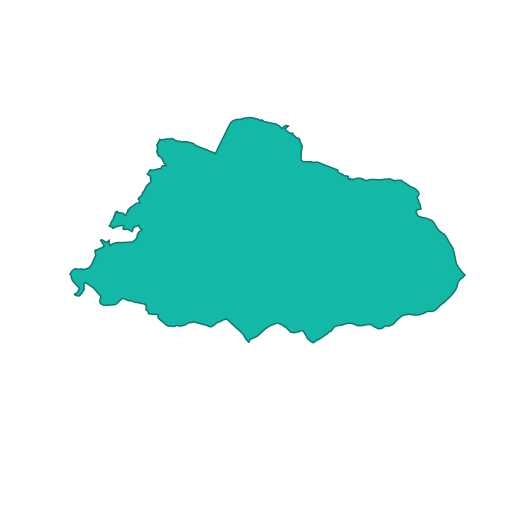 Magura Ilvei, Bistrita-Nasaud, Romania, rotated 323°
{"feature_id": "2599482B90695953081528", "entity_name": "Magura Ilvei", "entity_type": "district", "adm_level": 2, "iso_a3": "ROU", "parent_name": "Romania", "parent_adm1": "Bistrita-Nasaud", "projection": "mercator", "projection_center": [24.803, 47.362], "detail": "fine", "context": "isolated", "style": "filled", "palette": "teal", "viewbox_px": 512, "rotation_deg": 323, "n_neighbors": 0, "source": "geoboundaries", "source_scale": "gbopen_adm2", "svg_char_len": 6154}
<svg xmlns="http://www.w3.org/2000/svg" viewBox="0 0 512 512"><g transform="rotate(323 256 256)"><path d="M411.6,396.9L411.1,395.0L410.9,393.0L410.9,390.0L410.7,387.4L411.1,386.1L411.2,383.9L411.8,381.9L416.1,372.8L418.0,368.0L418.3,362.9L418.9,359.4L419.6,352.3L419.0,351.2L418.2,348.6L417.8,347.1L417.5,345.1L417.4,342.7L417.6,340.3L418.1,337.0L418.0,334.3L417.8,333.4L414.5,327.9L413.5,327.2L412.0,325.4L409.7,321.7L409.5,320.6L410.2,318.3L409.8,317.9L410.2,317.0L411.0,316.8L411.8,316.3L414.3,316.7L415.9,317.8L418.2,313.1L418.7,310.3L419.4,309.3L419.8,306.3L420.2,306.0L423.3,304.9L424.2,303.1L424.0,300.3L423.6,298.0L420.9,293.0L419.4,288.3L418.0,284.7L417.7,283.0L414.2,280.4L412.0,279.3L409.3,274.9L403.2,271.1L401.2,270.1L397.5,266.9L394.5,264.5L392.6,263.3L390.5,262.7L388.7,261.4L387.9,259.3L386.0,256.6L384.1,255.1L381.4,253.8L379.2,253.3L379.0,252.7L378.3,252.5L377.9,250.6L376.3,250.8L376.2,248.9L377.7,248.1L376.6,246.6L375.1,245.4L374.5,244.5L374.1,242.3L372.4,240.2L372.1,238.9L373.0,236.4L370.7,232.9L363.7,221.5L363.2,220.5L361.4,217.9L357.1,215.2L357.4,214.3L350.6,209.3L349.7,206.5L351.4,204.2L352.6,202.9L354.2,200.7L359.2,195.9L360.1,191.1L361.0,189.2L361.0,188.1L359.8,186.2L359.2,185.6L359.1,183.7L358.3,181.4L359.4,180.3L356.8,178.1L355.7,173.6L355.6,171.9L358.4,171.9L360.1,171.8L359.4,170.7L358.4,169.7L356.8,169.5L355.1,169.6L353.5,169.9L352.9,166.4L351.5,162.8L343.3,153.5L342.7,150.8L341.5,151.0L340.2,148.4L336.3,143.4L333.3,140.9L331.9,140.3L329.6,138.9L325.5,137.4L323.1,135.5L321.8,135.0L319.3,134.2L317.2,134.2L315.5,134.4L285.3,149.7L284.1,147.4L282.2,144.6L280.9,142.1L277.7,137.0L274.2,131.2L273.7,128.5L269.9,123.5L266.9,121.0L265.4,120.3L264.4,119.3L264.3,118.5L262.0,116.9L261.7,116.0L260.8,114.5L260.4,112.6L259.1,111.1L257.8,111.2L257.0,110.2L255.6,109.1L249.3,105.8L249.6,105.2L249.4,104.9L249.0,105.3L248.5,105.4L248.3,105.7L247.4,105.8L247.0,106.1L246.0,107.0L245.6,106.7L245.3,107.2L243.9,107.6L243.3,108.0L242.5,110.2L242.2,110.5L242.0,111.2L239.9,112.5L239.4,113.3L239.6,114.3L239.1,114.6L238.9,115.2L238.9,115.7L238.6,116.2L238.5,116.9L238.9,117.3L238.7,118.0L239.0,119.2L239.6,120.2L239.3,122.8L238.8,124.4L239.1,124.9L238.4,126.6L239.1,128.1L239.1,128.6L238.4,129.0L238.4,129.7L237.5,129.1L237.3,128.5L235.7,127.8L234.5,127.9L233.6,128.4L232.8,129.1L231.5,128.1L229.2,127.2L228.5,126.7L227.0,126.4L226.1,125.8L224.7,125.1L223.9,124.6L224.0,124.1L223.5,123.5L222.1,123.9L220.8,124.5L218.4,125.2L219.6,128.6L219.5,129.2L219.2,129.9L218.6,131.0L218.3,130.6L216.8,133.5L215.3,133.8L214.7,133.6L213.2,133.9L210.6,134.2L205.7,136.6L204.4,137.4L203.8,136.9L202.0,138.5L199.5,139.0L198.5,138.9L196.2,139.5L196.5,140.2L195.4,143.5L192.7,142.2L191.6,141.9L188.6,142.0L186.0,141.8L183.7,141.8L183.1,141.9L182.3,143.0L181.9,142.9L181.2,142.3L180.6,143.3L178.1,144.1L177.1,144.7L176.4,145.3L175.8,144.4L175.8,143.3L175.7,142.3L175.1,141.4L174.1,140.3L172.5,139.0L171.4,137.7L172.2,137.2L171.8,136.7L171.3,136.5L170.0,136.6L168.9,137.4L168.2,138.0L167.6,138.2L167.2,138.9L166.4,138.8L166.0,139.5L165.4,139.6L164.7,140.0L163.7,141.0L161.3,141.5L158.4,143.4L157.0,143.7L157.0,144.5L158.4,145.7L158.1,147.6L163.6,149.1L166.3,150.4L167.7,151.3L168.7,152.5L166.1,154.2L166.5,155.4L169.8,157.5L170.8,159.8L171.3,160.7L171.7,161.9L172.9,161.4L174.4,159.9L176.3,159.7L180.6,160.9L180.3,162.5L179.9,163.5L180.8,166.4L178.6,166.3L176.8,166.4L175.4,166.9L174.0,167.7L171.9,169.7L170.3,170.3L166.8,170.5L165.5,170.2L158.2,165.4L155.9,163.8L154.6,162.6L152.3,161.3L149.5,160.2L147.8,159.9L145.6,159.9L145.9,159.2L146.1,158.5L146.8,156.9L148.1,155.1L145.5,155.1L144.4,154.5L143.2,151.5L142.3,149.9L141.4,149.9L141.1,152.1L141.1,155.9L140.1,156.8L137.5,156.5L135.3,155.8L132.3,155.4L132.2,154.9L130.6,154.7L130.5,155.5L129.4,156.6L128.9,158.7L119.6,163.9L117.9,164.5L115.9,164.8L114.2,164.7L112.9,164.1L109.3,162.8L109.3,161.8L108.3,160.8L107.2,160.6L105.6,159.1L104.1,157.3L100.2,157.1L97.9,158.1L96.6,158.3L96.4,160.9L95.2,162.6L95.0,164.6L94.5,165.2L95.6,175.5L95.5,175.8L91.0,177.7L89.3,177.5L88.2,177.2L87.8,177.7L89.5,180.6L91.1,181.6L95.2,180.7L99.0,179.0L99.4,177.8L100.4,176.9L100.9,175.8L101.6,175.0L103.3,174.2L104.4,176.1L107.1,184.1L107.7,194.6L106.3,196.2L104.4,197.6L103.3,199.4L103.3,200.5L103.6,201.6L104.6,203.4L106.8,205.4L114.8,210.3L123.4,209.4L124.5,210.2L125.2,211.1L126.7,213.9L127.9,215.7L128.9,216.1L130.1,217.7L130.6,218.7L131.8,220.6L133.6,222.1L136.6,225.8L138.3,227.4L138.0,227.9L138.8,229.2L136.4,232.1L135.8,232.4L136.0,233.7L136.5,234.9L135.5,237.5L135.9,238.1L137.2,239.2L137.8,240.0L142.4,243.5L142.5,244.0L140.8,246.0L140.6,246.9L140.9,248.6L141.8,252.4L142.7,256.7L143.1,257.9L144.5,260.0L145.2,260.4L147.4,262.4L148.3,263.0L148.8,263.2L150.3,263.5L151.0,263.8L152.2,264.9L152.6,265.8L153.4,266.5L156.3,267.8L158.8,268.6L161.8,268.6L163.5,269.8L166.5,271.1L167.3,271.9L171.7,277.7L174.5,281.1L176.0,283.9L176.7,284.9L177.5,285.5L178.9,285.8L181.0,286.0L184.9,285.7L187.8,286.8L191.9,287.4L194.7,288.8L195.5,292.7L196.7,300.2L198.1,306.7L198.6,311.1L198.3,313.7L197.9,315.8L198.3,320.2L198.5,320.6L199.8,319.6L201.2,319.3L203.0,319.6L206.0,320.3L209.0,320.8L220.0,319.8L225.1,320.2L231.3,321.8L233.1,322.7L234.0,324.5L235.6,326.9L235.7,328.1L237.0,331.5L237.8,337.6L240.3,340.3L243.4,341.6L245.1,342.5L246.0,342.2L248.6,343.8L248.2,348.5L247.8,351.1L247.6,351.8L247.4,353.3L248.4,357.5L249.6,359.8L255.2,360.1L256.5,360.6L266.3,360.9L269.1,360.7L271.0,361.2L275.5,359.7L278.4,360.3L281.0,361.8L283.3,363.0L285.9,363.7L288.7,365.1L290.2,366.0L292.7,368.3L295.0,372.4L297.1,374.3L299.0,375.5L303.5,377.7L305.2,378.8L306.2,379.7L306.9,380.8L308.1,384.3L308.9,385.7L309.9,387.7L310.6,388.3L313.1,389.6L316.9,389.6L318.2,390.4L320.4,392.3L322.1,392.5L324.9,393.1L326.2,392.9L328.3,392.3L331.6,391.9L336.8,391.6L339.5,392.7L343.0,394.5L344.0,395.4L345.4,397.0L348.9,399.9L350.2,400.8L354.4,402.4L356.2,402.9L358.8,403.2L360.2,403.9L363.5,406.3L365.6,407.0L367.6,407.1L373.7,406.2L378.9,406.3L380.9,405.9L385.9,405.5L391.1,404.4L394.5,403.4L396.8,402.2L397.6,401.9L401.2,398.8L401.9,398.5L405.4,397.5L406.6,397.5L407.8,397.7L411.6,396.9Z" fill="#14b8a6" stroke="#0f766e" stroke-width="1.5"/></g></svg>